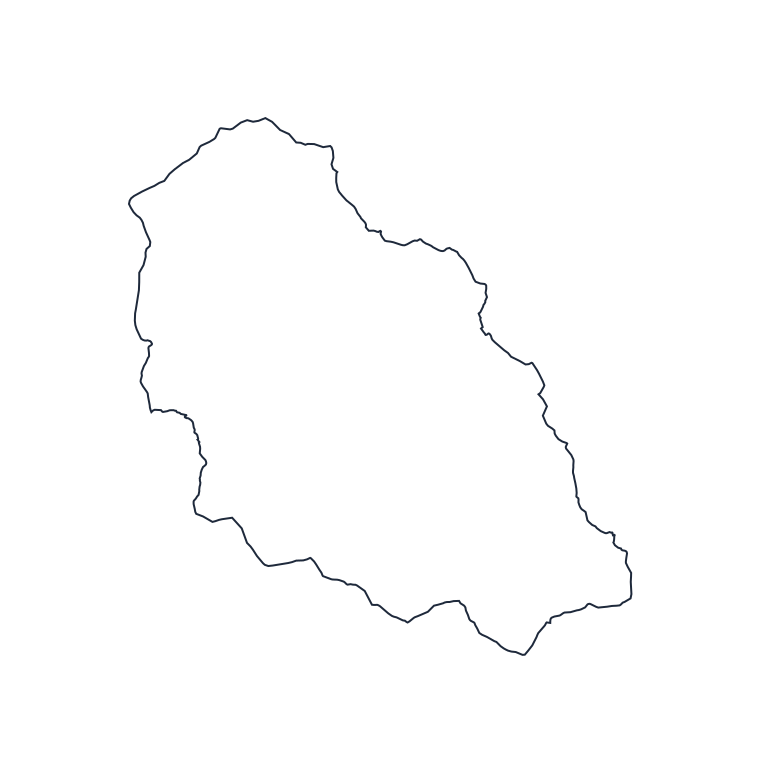 Ciuruleasa, Alba, Romania, rotated 14°
{"feature_id": "2599482B18956388215325", "entity_name": "Ciuruleasa", "entity_type": "district", "adm_level": 2, "iso_a3": "ROU", "parent_name": "Romania", "parent_adm1": "Alba", "projection": "albers", "projection_center": [23.018, 46.247], "detail": "fine", "context": "isolated", "style": "outline", "palette": "slate", "viewbox_px": 768, "rotation_deg": 14, "n_neighbors": 0, "source": "geoboundaries", "source_scale": "gbopen_adm2", "svg_char_len": 6147}
<svg xmlns="http://www.w3.org/2000/svg" viewBox="0 0 768 768"><g transform="rotate(14 384 384)"><path d="M675.1,532.4L674.9,528.0L671.3,516.3L670.3,511.1L669.5,507.5L664.7,502.4L662.0,499.1L661.6,497.6L661.2,494.3L660.8,489.6L660.1,488.3L659.2,487.7L657.9,487.5L655.5,487.7L654.5,487.3L653.8,486.3L650.8,486.2L647.1,484.6L644.9,482.3L645.1,481.4L644.9,479.2L644.3,476.1L644.4,474.9L643.9,474.7L643.3,475.4L642.8,475.5L641.9,473.9L641.9,473.4L641.2,472.9L640.4,473.3L638.7,473.1L636.4,474.7L635.5,475.1L634.3,475.1L629.9,474.3L625.4,472.4L623.6,471.0L620.1,470.4L616.3,468.4L614.4,467.1L610.6,459.5L608.8,458.7L606.1,457.7L604.3,456.2L602.8,454.2L601.3,451.8L600.7,449.0L600.2,447.9L598.1,446.9L597.8,446.5L597.3,443.1L595.9,438.9L593.7,434.0L591.3,429.2L590.6,427.5L588.9,424.5L588.4,422.6L587.9,419.1L587.3,416.9L586.6,412.9L586.0,411.4L582.9,407.6L576.3,402.6L575.7,401.5L575.6,400.8L576.2,397.5L575.5,397.1L570.9,396.7L566.6,395.3L563.2,392.6L561.6,390.8L560.6,387.8L558.0,386.5L553.2,384.9L551.0,383.2L545.8,376.3L547.5,366.3L542.0,360.4L536.4,356.6L537.8,355.0L539.7,348.2L539.9,346.5L537.6,343.2L531.9,336.5L529.1,333.5L522.9,327.8L522.0,327.7L519.7,329.7L516.6,330.8L510.3,328.9L500.7,326.8L496.8,323.9L492.5,322.2L481.5,316.7L478.5,314.9L477.5,313.8L476.1,311.4L474.8,310.2L474.0,309.7L473.1,309.7L471.7,311.4L470.7,311.8L470.2,311.4L469.7,310.7L468.4,309.8L464.7,306.7L466.0,304.9L461.9,298.4L461.7,297.7L461.8,296.3L460.9,295.6L458.8,292.7L459.5,291.7L460.0,291.4L460.4,289.8L461.4,285.1L461.4,283.2L462.1,281.7L462.5,280.0L462.1,278.9L462.9,274.8L460.5,271.0L460.2,267.0L459.4,263.9L458.7,263.1L457.4,262.6L453.1,263.2L448.1,262.6L445.4,260.0L443.4,257.1L438.2,251.0L434.1,246.6L432.1,244.8L430.4,243.6L428.7,242.8L425.7,240.9L423.0,238.1L422.0,238.0L418.8,237.2L417.4,237.2L414.7,236.1L412.4,237.3L411.7,238.0L410.5,239.8L409.2,240.7L407.9,241.0L406.6,241.1L404.5,240.9L398.4,239.4L396.7,238.6L394.9,238.2L392.8,237.8L390.7,237.6L387.3,236.4L385.1,234.9L383.8,234.8L381.5,237.0L379.0,237.4L377.2,238.6L372.7,242.8L370.5,244.4L368.6,244.8L366.6,244.8L358.9,244.2L356.0,244.3L351.9,244.8L350.1,244.7L346.9,242.1L345.6,240.7L344.4,239.2L344.2,236.7L343.4,236.3L342.5,237.0L341.9,237.8L340.3,238.0L338.4,237.7L336.7,237.7L332.2,239.0L328.4,236.3L328.3,235.1L327.9,233.6L327.1,232.5L325.8,231.4L321.6,228.8L320.7,227.6L317.0,224.7L314.1,221.0L312.0,219.1L309.6,217.9L303.1,214.9L297.9,211.4L294.0,208.5L292.1,206.3L288.8,199.6L287.8,195.7L286.9,191.0L287.4,189.6L282.5,187.6L279.9,183.5L280.2,176.8L278.0,170.3L275.9,167.1L274.2,166.1L267.7,168.9L258.2,168.1L251.9,169.5L249.8,170.9L244.8,170.1L240.4,170.9L231.4,164.5L221.8,162.7L212.0,156.7L204.5,154.7L198.6,159.0L193.5,161.2L187.4,161.1L181.8,165.0L175.5,172.8L173.1,174.2L163.9,175.3L162.8,176.1L160.8,186.0L159.9,187.4L155.8,191.5L148.9,197.0L147.8,198.7L146.6,205.6L140.7,213.6L135.6,218.1L129.0,226.3L125.0,232.0L121.7,240.1L117.3,243.2L113.3,247.3L109.1,250.5L102.7,255.8L96.0,262.0L93.7,265.0L92.9,267.6L93.0,271.0L95.7,274.2L99.5,277.9L103.1,280.2L106.8,281.7L108.9,283.4L111.1,285.9L112.5,288.6L116.3,294.3L121.8,301.2L122.9,302.8L123.4,306.8L120.9,310.4L120.8,314.2L122.0,318.2L121.9,326.8L119.6,335.2L121.8,344.2L123.5,352.3L125.2,371.9L125.4,375.6L126.9,382.8L128.5,387.0L130.8,390.8L137.3,398.8L139.3,399.5L141.2,399.7L142.9,399.4L143.9,398.8L146.8,399.0L147.7,399.5L149.1,401.0L149.2,401.8L148.7,402.6L146.9,404.5L146.7,405.2L146.7,406.1L148.5,410.9L149.3,413.7L149.0,415.1L148.6,415.9L147.8,421.2L146.7,424.6L146.0,431.1L146.2,432.5L147.1,434.5L147.1,436.7L147.0,438.8L147.2,440.4L147.9,441.6L150.7,444.6L155.9,449.1L157.0,450.3L158.3,453.7L161.8,461.3L162.6,463.6L163.9,465.9L165.1,467.6L166.3,465.6L167.7,464.5L173.9,463.3L175.4,464.4L176.3,464.6L180.3,462.8L182.3,461.4L183.2,461.1L186.3,460.3L187.3,460.5L188.7,460.3L189.6,461.2L190.1,461.5L192.6,461.4L194.1,462.2L199.6,462.0L199.8,462.4L198.7,463.7L198.7,464.2L199.0,464.5L200.6,464.9L202.1,464.6L203.1,464.8L205.7,465.8L207.4,467.0L208.2,468.2L210.0,472.4L211.2,473.8L211.5,474.7L211.6,476.6L212.0,477.1L213.9,477.8L215.2,478.8L216.9,482.0L217.0,482.9L216.6,483.2L218.8,484.9L218.4,485.3L218.9,486.5L220.7,489.4L221.3,491.3L222.0,495.9L225.2,498.6L229.1,501.0L230.0,502.2L230.7,503.7L230.7,505.2L229.7,506.8L228.5,508.3L227.9,511.1L227.7,514.4L228.2,517.2L228.0,520.2L228.6,521.5L228.7,522.3L229.7,524.1L230.0,526.4L229.9,528.2L230.3,531.3L230.7,532.5L230.9,536.5L229.9,538.3L229.1,540.8L227.8,543.2L227.7,544.0L228.0,545.4L228.4,546.7L230.6,551.0L231.8,553.7L233.2,555.4L240.5,556.3L250.9,559.3L253.5,557.9L256.9,555.7L259.5,554.4L269.0,550.5L280.9,558.5L289.5,571.3L293.9,574.0L296.9,576.5L302.3,581.6L310.0,587.2L312.1,588.3L315.8,588.6L320.1,587.0L334.3,580.9L337.8,579.1L341.6,576.6L348.3,574.7L351.7,572.8L354.4,570.6L355.1,570.7L356.6,571.6L359.1,573.1L361.8,575.5L366.3,579.9L368.9,582.2L370.8,584.8L371.4,585.2L380.1,586.2L381.6,586.1L386.0,585.2L388.0,585.1L390.5,585.3L392.8,585.5L394.0,586.0L396.1,587.3L397.2,587.5L400.0,586.3L402.5,586.2L404.9,585.7L406.5,586.0L415.4,589.5L425.7,601.1L427.8,600.8L431.0,599.9L432.3,600.1L433.9,600.6L443.6,605.5L447.8,607.1L449.9,607.4L452.7,607.4L459.5,608.8L461.5,608.6L463.5,609.5L464.6,609.7L466.2,608.1L469.4,603.8L470.4,602.8L472.9,601.1L481.7,594.4L486.1,587.0L489.8,585.1L494.5,582.4L495.6,581.4L497.6,580.4L500.5,579.6L504.1,577.8L509.3,576.3L511.3,578.3L515.2,579.6L515.9,580.1L517.0,581.1L518.3,584.0L521.3,587.8L523.6,591.4L524.5,592.2L525.6,592.8L529.0,593.6L529.7,594.1L530.9,595.9L533.6,598.7L536.7,602.5L539.8,603.6L545.0,604.5L553.2,606.8L555.5,607.1L560.6,610.2L564.2,611.6L566.4,612.2L568.8,612.7L572.3,612.8L576.7,612.2L583.9,613.3L586.1,612.6L588.4,607.9L591.1,601.8L593.2,592.8L593.5,590.4L593.9,588.4L598.5,579.3L599.2,576.5L599.5,576.0L603.1,575.6L602.6,573.3L602.5,572.0L602.7,571.0L603.3,570.1L605.6,568.4L610.2,566.3L611.0,565.7L613.4,562.9L614.4,562.1L620.1,560.3L626.0,556.9L627.7,556.2L629.7,555.0L633.2,552.1L634.8,548.6L635.5,548.0L636.8,547.5L637.8,547.6L643.8,548.9L646.0,549.1L654.4,546.1L658.9,544.2L663.2,542.9L666.2,541.8L667.1,540.8L668.5,538.4L670.1,537.3L675.1,532.4Z" fill="none" stroke="#1e293b" stroke-width="2"/></g></svg>